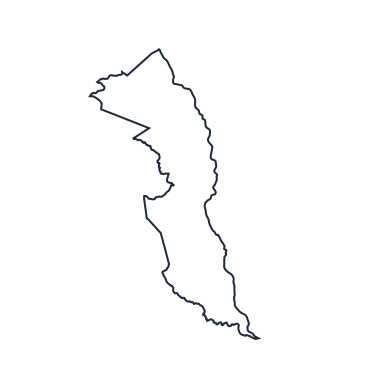 outline of Xique-Xique, Bahia, Brazil, rotated 128°
{"feature_id": "56859067B66564392047152", "entity_name": "Xique-Xique", "entity_type": "district", "adm_level": 2, "iso_a3": "BRA", "parent_name": "Brazil", "parent_adm1": "Bahia", "projection": "mercator", "projection_center": [-42.742, -10.906], "detail": "fine", "context": "isolated", "style": "outline", "palette": "slate", "viewbox_px": 384, "rotation_deg": 128, "n_neighbors": 0, "source": "geoboundaries", "source_scale": "gbopen_adm2", "svg_char_len": 6073}
<svg xmlns="http://www.w3.org/2000/svg" viewBox="0 0 384 384"><g transform="rotate(128 192 192)"><path d="M99.9,305.9L101.9,306.4L107.5,309.0L140.1,314.8L140.5,321.0L141.5,320.0L142.6,319.8L143.9,320.6L144.4,321.3L144.9,321.9L146.5,322.7L147.4,323.3L147.5,324.1L147.9,324.7L148.5,325.2L149.0,326.0L149.1,326.7L150.3,328.3L151.0,328.5L152.8,328.3L154.3,328.3L155.0,328.5L155.3,329.1L156.5,330.2L157.0,331.4L157.4,331.9L158.0,332.2L159.0,332.9L159.5,333.6L161.7,333.9L163.7,334.4L163.6,332.8L162.7,331.8L162.5,331.1L162.5,329.6L163.0,327.8L162.9,326.1L164.6,324.6L166.4,324.8L167.4,325.9L168.0,326.1L169.0,327.1L169.5,327.4L169.9,328.0L171.5,328.5L172.1,328.4L173.6,328.8L174.2,330.4L175.3,330.8L176.3,331.6L179.4,331.4L178.6,330.2L177.4,328.8L176.9,325.0L176.8,322.6L176.9,320.5L177.4,318.9L177.9,317.5L182.8,314.6L168.1,265.1L185.8,271.2L186.0,270.4L185.7,269.8L185.0,269.4L184.5,267.6L184.5,266.6L183.8,266.2L183.3,265.7L182.7,264.3L182.9,263.2L182.7,262.2L183.2,261.8L183.0,260.1L182.1,260.1L181.8,259.4L182.3,258.9L182.8,256.6L182.2,256.0L182.5,255.3L182.3,254.5L181.5,253.6L181.5,252.9L181.9,252.2L182.6,251.9L183.5,249.8L183.4,249.2L183.0,248.8L182.7,248.1L183.0,247.2L182.8,245.5L183.0,244.7L182.6,244.1L182.8,243.2L182.8,242.4L182.5,241.9L182.5,241.4L183.7,239.9L184.1,239.3L185.7,238.2L186.6,238.3L187.9,238.1L188.9,238.3L190.0,237.0L189.4,235.6L189.8,234.9L190.5,234.9L191.1,234.6L191.5,234.2L192.3,234.0L192.7,233.5L192.6,232.9L192.6,232.1L193.3,231.8L193.9,232.0L194.4,231.6L194.9,231.0L195.5,230.1L195.3,229.3L196.4,228.5L196.6,227.6L195.7,226.4L195.7,225.7L194.5,224.7L193.7,224.3L192.8,222.8L192.3,222.5L191.9,221.7L197.4,219.4L198.3,218.7L198.9,218.0L199.0,217.3L198.5,215.1L197.4,213.4L197.8,211.8L197.9,210.8L198.7,211.0L198.7,211.9L199.1,212.4L199.7,212.5L200.5,212.4L201.9,211.6L205.1,211.1L208.1,211.9L210.6,211.8L213.5,212.8L214.3,212.9L214.8,213.3L215.8,215.0L217.0,216.1L218.8,217.3L220.0,217.0L220.6,217.2L221.4,217.7L221.9,218.3L222.5,219.3L222.7,220.0L223.2,220.9L223.8,221.5L223.8,222.2L223.4,224.0L223.3,224.8L223.8,226.1L224.7,227.2L226.9,225.5L240.6,211.4L240.4,210.8L240.4,210.0L243.6,191.4L255.1,176.0L263.0,165.7L264.0,165.4L264.7,165.0L265.1,164.6L267.4,164.7L269.1,164.2L272.7,166.0L273.5,165.9L274.2,165.3L274.4,164.0L275.2,163.2L276.0,161.2L276.1,160.5L277.2,158.4L278.2,157.2L278.6,156.0L278.8,152.7L278.6,151.9L278.9,151.4L278.8,150.8L278.3,150.2L278.6,149.4L278.7,148.3L279.1,147.6L281.4,146.1L281.7,145.5L282.4,143.2L281.9,142.8L280.8,141.4L281.8,139.1L281.6,137.7L281.9,136.5L281.6,135.6L281.9,134.8L281.4,134.2L280.7,133.7L280.2,132.9L280.5,132.2L280.9,131.8L280.8,131.1L281.2,129.1L281.0,128.2L280.6,127.4L279.9,126.8L279.4,126.0L279.7,125.4L279.4,124.8L278.8,124.2L278.4,123.7L278.6,122.8L279.0,121.7L278.6,121.2L278.0,121.2L277.6,120.8L277.2,120.3L277.1,119.6L276.7,119.0L276.2,118.5L276.0,117.8L276.0,115.4L275.7,113.7L276.6,111.0L277.2,110.5L277.4,109.5L277.9,108.8L278.6,108.1L279.2,108.2L279.9,108.0L281.3,108.0L281.9,107.3L281.1,106.8L281.2,106.3L281.8,105.8L281.9,104.4L283.3,102.9L283.0,102.2L283.4,101.7L284.2,101.0L283.8,100.4L281.3,99.2L280.7,98.9L280.3,97.9L280.2,95.9L280.4,95.4L281.3,94.9L281.2,93.8L280.6,92.8L280.6,92.0L281.2,91.2L280.7,90.6L278.3,90.0L277.2,89.3L276.9,88.4L277.3,87.8L278.3,86.9L278.3,86.0L277.4,85.7L276.4,85.8L274.7,85.2L274.1,84.9L273.6,84.2L274.8,82.0L275.0,81.1L274.9,80.5L274.6,79.7L273.9,79.2L273.3,78.9L272.1,79.1L271.3,78.7L271.0,77.2L269.5,76.7L268.8,76.2L267.7,74.7L267.8,73.8L268.2,73.0L270.3,72.1L271.1,71.5L271.7,70.7L273.4,68.2L273.7,67.4L273.9,65.9L273.7,64.6L273.1,63.3L272.8,62.1L272.2,61.3L271.4,61.3L270.4,59.2L270.2,57.9L269.8,57.2L269.8,55.7L269.6,55.1L269.4,53.5L268.5,51.1L267.2,50.3L266.4,49.6L267.0,52.9L267.0,54.5L266.3,57.0L266.5,58.9L267.0,61.4L266.9,62.2L266.6,63.0L264.3,65.2L263.5,65.4L262.7,65.4L261.6,65.7L260.7,66.2L260.2,66.7L257.5,70.8L257.0,71.3L256.6,72.3L256.2,73.5L256.1,74.4L256.2,75.4L256.9,78.5L256.9,80.8L256.0,85.9L255.4,87.5L255.0,88.4L252.2,90.8L251.1,92.4L249.6,93.6L248.5,94.3L246.9,94.8L246.2,95.4L245.7,96.1L243.6,97.7L242.3,99.0L241.2,99.7L239.2,101.6L237.5,103.9L234.7,105.6L233.4,107.7L232.8,109.4L232.6,110.5L233.0,114.6L232.8,117.2L232.2,119.1L231.2,120.6L227.8,123.0L227.4,123.5L224.1,125.9L223.1,126.4L222.4,126.5L220.4,126.5L219.9,126.7L219.5,127.2L219.3,128.0L218.8,128.3L217.5,128.5L217.0,128.8L216.7,129.6L217.1,130.8L217.0,131.6L216.6,132.0L214.7,133.0L214.3,133.7L213.4,136.0L212.6,138.9L212.2,139.8L211.2,141.3L210.6,142.9L209.8,144.7L209.8,145.3L210.5,145.8L210.8,146.4L210.7,147.1L209.6,149.6L209.5,151.8L208.7,154.0L207.3,156.9L205.7,159.6L204.0,161.4L203.2,162.5L201.9,165.5L200.4,167.6L197.8,170.3L195.9,172.8L195.2,173.5L193.6,174.3L192.8,174.6L191.9,174.7L189.1,174.5L186.4,173.4L185.6,173.4L184.8,173.6L183.5,174.2L182.8,174.4L181.5,173.9L179.8,172.6L179.1,172.5L178.5,172.6L177.9,172.9L177.3,173.4L176.7,174.7L175.9,177.3L175.6,177.8L175.1,178.2L174.2,178.5L171.8,178.5L167.3,179.9L166.6,180.3L165.5,181.5L164.8,182.0L163.4,182.5L163.0,182.9L162.7,183.7L162.4,186.5L162.0,187.1L161.4,187.5L160.7,187.9L157.8,188.3L156.6,188.9L153.5,192.1L153.2,192.8L153.1,193.4L153.2,194.0L154.0,196.5L153.7,197.9L153.2,198.6L152.4,199.3L151.5,199.8L146.7,202.1L143.9,203.8L143.6,204.3L143.1,205.7L142.7,208.1L142.3,209.7L141.2,211.5L139.9,212.2L137.6,212.6L136.3,213.0L133.4,214.9L132.8,215.4L132.3,216.1L132.1,216.9L132.2,220.2L132.1,221.1L131.7,221.7L130.6,222.9L127.8,225.4L127.3,226.4L127.4,227.4L127.7,228.3L127.6,229.0L125.5,230.6L125.3,231.4L125.3,232.3L125.7,233.8L125.6,234.4L123.8,236.6L123.4,237.5L123.3,240.2L123.1,241.2L122.2,242.7L117.9,245.9L116.5,247.4L115.8,248.9L115.0,251.1L113.2,254.4L112.6,256.2L112.6,257.4L113.0,258.3L114.3,260.5L114.9,262.2L114.9,262.9L114.8,263.5L114.4,264.4L114.2,265.4L114.3,266.0L115.0,267.1L115.8,269.1L117.5,272.3L117.7,273.2L117.6,273.8L116.8,274.8L114.9,276.2L112.6,277.1L111.9,277.5L110.9,279.5L109.3,281.4L108.2,283.3L106.6,287.1L104.6,290.9L103.9,293.2L103.9,295.5L103.6,297.0L103.1,298.4L100.7,303.7L99.8,305.0L99.9,305.9Z" fill="none" stroke="#1e293b" stroke-width="2"/></g></svg>